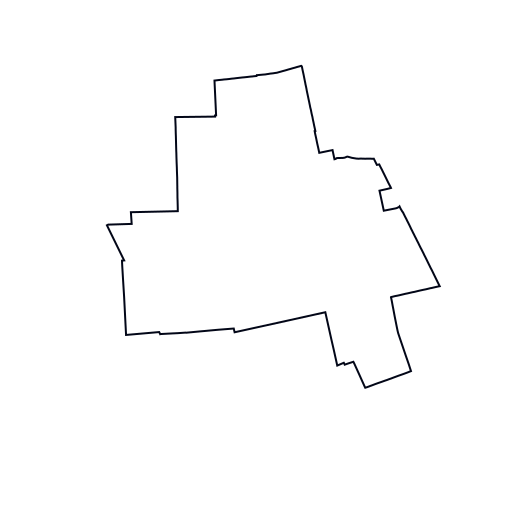 outline of Valcelele, Calarasi, Romania, rotated 62°
{"feature_id": "2599482B65802479293410", "entity_name": "Valcelele", "entity_type": "district", "adm_level": 2, "iso_a3": "ROU", "parent_name": "Romania", "parent_adm1": "Calarasi", "projection": "mercator", "projection_center": [27.174, 44.384], "detail": "fine", "context": "isolated", "style": "outline", "palette": "ink", "viewbox_px": 512, "rotation_deg": 62, "n_neighbors": 0, "source": "geoboundaries", "source_scale": "gbopen_adm2", "svg_char_len": 3871}
<svg xmlns="http://www.w3.org/2000/svg" viewBox="0 0 512 512"><g transform="rotate(62 256 256)"><path d="M197.2,376.5L197.8,376.8L201.8,378.7L213.6,384.1L230.1,391.6L247.4,399.7L264.7,407.8L277.7,377.2L280.0,377.3L280.0,377.1L280.0,376.9L280.1,376.7L280.3,376.5L284.8,366.8L287.4,361.3L289.0,357.7L290.6,354.1L290.9,353.8L293.6,347.3L296.3,340.8L298.3,336.1L300.3,331.3L303.2,324.4L309.6,309.7L313.3,310.7L328.0,258.0L338.2,221.2L364.6,228.5L375.4,231.4L390.9,235.7L391.2,232.1L391.5,228.6L392.5,228.6L393.6,228.7L394.2,224.8L394.3,224.2L394.6,222.6L395.1,219.7L396.5,219.7L409.5,220.5L412.4,220.7L421.4,221.3L423.1,221.4L423.6,221.4L423.7,220.8L423.9,219.8L424.2,217.8L424.3,217.0L424.4,215.8L424.5,215.5L425.1,210.7L425.5,207.9L425.8,206.1L426.1,204.2L426.4,202.1L426.7,200.1L427.0,198.4L427.2,196.7L427.6,194.1L427.9,191.6L428.6,186.4L429.4,181.2L429.7,179.0L430.0,176.7L430.2,174.9L430.4,173.2L427.0,172.6L423.7,172.0L414.1,170.5L404.3,168.9L396.3,167.6L393.3,167.1L390.9,166.7L388.5,166.1L384.4,164.9L374.4,161.9L367.4,159.7L364.1,158.7L359.7,157.3L356.6,156.4L356.0,156.3L355.9,156.2L355.7,156.1L355.7,155.9L356.0,154.8L356.7,152.0L357.4,149.8L357.9,148.0L358.9,144.2L359.6,141.5L360.1,139.9L360.5,138.4L361.4,135.0L362.1,132.8L362.8,130.0L363.4,127.7L364.3,124.5L365.2,121.5L365.7,119.5L366.3,117.1L366.6,116.3L367.5,112.9L368.4,109.6L368.9,108.0L362.7,107.8L356.5,107.6L351.4,107.4L349.7,107.4L348.0,107.4L346.0,107.3L345.3,107.3L342.4,107.2L339.5,107.1L336.0,107.0L334.4,107.0L332.8,106.9L328.4,106.8L325.7,106.8L322.6,106.7L320.3,106.6L317.9,106.6L315.8,106.5L313.6,106.5L310.8,106.4L309.1,106.4L306.9,106.3L305.7,106.3L304.9,106.3L303.4,106.2L301.1,106.1L297.6,106.0L295.9,106.0L293.9,105.9L291.3,105.9L288.2,105.8L287.3,105.8L286.9,105.7L286.6,105.7L286.4,105.8L286.2,105.8L285.8,105.9L284.9,106.0L284.2,106.0L282.8,106.1L281.4,106.1L279.6,106.0L279.8,106.5L279.8,107.5L279.8,108.6L279.7,109.5L279.4,110.7L276.0,121.9L256.3,116.3L258.4,108.6L259.3,104.9L258.0,104.8L254.0,104.8L250.8,104.7L248.1,104.6L245.0,104.5L241.4,104.4L238.8,104.3L235.4,104.3L233.0,104.2L232.7,105.2L232.3,106.5L225.4,106.3L224.7,107.8L223.7,109.4L222.4,111.8L221.5,113.7L219.1,117.9L218.1,120.1L217.6,120.8L217.2,121.5L214.3,125.3L211.9,127.8L211.2,128.6L211.0,129.2L210.9,130.4L210.8,131.5L210.2,133.2L208.6,136.4L207.9,137.7L207.4,139.1L207.7,140.0L207.4,141.3L198.4,138.7L194.6,151.7L190.1,150.4L185.3,149.1L179.9,147.5L175.9,146.4L173.3,145.6L173.5,144.9L168.4,143.5L164.7,142.4L162.2,141.7L159.7,140.9L157.7,140.4L156.2,140.0L152.6,138.9L151.3,138.6L150.1,138.3L148.2,137.7L146.8,137.3L144.8,136.7L142.3,136.0L140.6,135.5L137.5,134.6L134.0,133.6L132.5,133.1L130.2,132.4L128.0,131.8L127.6,131.7L126.4,131.3L124.7,130.8L122.7,130.2L120.7,129.6L118.4,128.9L115.2,128.0L113.4,127.5L112.1,127.1L110.8,126.7L110.6,126.7L110.4,126.6L110.0,126.6L109.7,126.6L109.4,126.7L109.3,126.8L109.2,127.4L108.9,128.9L108.4,131.0L108.0,133.1L107.4,135.7L107.0,137.7L106.5,139.9L106.1,142.0L105.7,143.8L105.3,145.5L104.9,147.4L104.4,149.6L104.1,151.1L103.9,151.8L103.6,152.6L103.2,153.7L102.7,155.2L101.6,157.9L101.2,159.2L100.6,160.9L100.0,162.7L99.2,164.5L97.4,168.8L97.0,169.8L96.7,170.4L97.3,171.0L96.9,172.0L96.2,173.7L95.8,174.8L94.9,176.9L93.9,179.5L92.9,182.0L91.8,184.6L90.7,187.4L89.8,189.7L88.9,192.1L88.0,194.2L87.2,196.4L86.2,198.9L85.1,201.4L84.4,203.3L83.6,205.2L83.1,206.4L82.3,208.5L81.8,209.8L81.6,210.3L113.1,225.2L112.7,226.2L113.7,226.7L95.4,262.1L105.0,266.7L106.5,267.5L109.7,269.1L112.8,270.6L115.0,271.7L118.8,273.6L121.0,274.7L125.6,277.0L127.7,278.0L131.7,280.0L136.6,282.4L141.0,284.5L143.6,285.8L147.3,287.6L149.6,288.7L156.8,292.4L158.0,293.0L158.7,293.4L159.7,293.9L163.3,295.7L167.5,297.9L170.8,299.5L176.8,302.5L179.3,303.8L179.7,304.0L158.6,345.9L169.3,350.7L158.9,371.8L158.9,373.2L198.0,374.5L197.2,376.5Z" fill="none" stroke="#020617" stroke-width="2"/></g></svg>